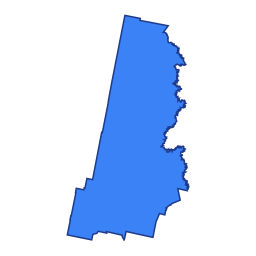 Las Colonias, Santa Fe, Argentina (Mercator projection)
{"feature_id": "61730980B52273662212744", "entity_name": "Las Colonias", "entity_type": "district", "adm_level": 2, "iso_a3": "ARG", "parent_name": "Argentina", "parent_adm1": "Santa Fe", "projection": "mercator", "projection_center": [-60.871, -31.246], "detail": "fine", "context": "isolated", "style": "filled", "palette": "blue", "viewbox_px": 256, "rotation_deg": 0, "n_neighbors": 0, "source": "geoboundaries", "source_scale": "gbopen_adm2", "svg_char_len": 5926}
<svg xmlns="http://www.w3.org/2000/svg" viewBox="0 0 256 256"><path d="M152.9,237.4L156.0,221.8L159.5,213.5L164.8,214.9L165.8,209.9L166.3,210.0L166.9,207.8L166.3,207.7L169.9,205.0L170.8,205.1L171.0,204.3L171.9,203.6L180.2,200.1L177.8,188.6L187.1,190.7L187.0,190.4L187.6,189.6L187.3,188.6L188.1,188.8L188.7,187.1L188.3,186.8L187.8,187.5L187.3,187.0L187.8,186.4L188.6,186.1L188.5,185.1L187.8,185.0L188.1,184.4L187.9,184.0L186.6,185.2L186.5,184.3L186.1,184.4L185.9,185.0L185.5,184.9L185.8,182.6L186.3,183.3L186.3,182.2L187.0,182.5L187.2,182.1L187.0,180.8L186.2,180.8L185.8,180.3L185.1,180.5L184.6,179.1L184.2,179.7L184.1,179.0L183.5,178.3L183.3,178.5L183.9,179.5L183.1,179.1L182.8,178.4L183.4,177.3L183.4,176.2L181.8,176.0L183.6,175.6L184.0,175.1L184.1,174.6L183.2,174.5L182.6,173.3L183.7,173.5L183.3,172.7L183.7,172.1L183.9,172.9L184.4,172.1L185.0,172.5L185.7,172.0L184.7,171.8L184.9,171.0L184.7,170.0L186.1,169.1L185.8,168.5L186.9,167.9L186.4,168.0L185.1,167.4L185.4,166.3L186.2,166.3L186.9,166.9L186.7,165.7L185.7,166.0L185.3,165.0L185.9,164.7L186.3,163.8L184.6,164.0L184.8,163.2L184.3,162.8L184.4,161.6L184.2,160.5L183.6,160.5L183.7,159.3L183.0,159.1L182.9,159.6L182.1,159.3L181.6,159.9L181.3,159.8L182.1,158.1L181.7,157.9L181.6,157.0L180.3,156.0L182.3,155.3L182.3,154.9L181.4,154.7L180.8,153.9L180.6,153.2L180.9,152.0L182.7,152.2L184.3,151.1L183.0,150.7L184.8,149.5L183.7,149.0L183.6,148.4L184.1,148.8L184.5,148.6L183.5,148.2L183.8,146.7L183.1,146.2L182.6,146.3L181.8,146.5L181.3,147.3L180.9,146.2L180.9,147.4L180.6,147.8L180.0,147.2L179.8,146.2L178.9,146.7L179.5,147.0L179.2,147.6L178.2,146.0L177.7,146.0L177.5,146.5L178.0,147.4L176.7,147.3L175.7,147.9L176.7,149.0L175.5,148.4L174.8,148.8L174.4,149.6L175.3,149.4L175.2,149.8L174.3,150.1L173.1,149.7L172.4,151.2L172.3,149.9L171.6,149.1L171.1,149.3L171.6,149.9L171.2,150.3L171.1,149.6L170.4,150.1L169.3,149.6L169.0,150.4L169.6,150.8L169.4,151.7L167.0,152.1L166.8,151.3L167.8,149.5L167.3,149.8L166.7,149.2L165.8,149.2L165.2,149.8L164.9,148.9L164.2,148.5L164.1,147.3L162.8,147.0L162.3,146.5L161.1,146.9L161.0,146.3L162.4,146.0L162.7,145.4L163.2,145.3L162.5,144.7L162.7,143.8L164.3,143.4L164.1,142.2L165.2,141.1L165.2,140.5L164.4,139.9L165.5,140.0L165.5,138.8L166.6,138.5L166.6,137.9L166.2,138.4L165.7,138.2L165.5,137.4L165.7,136.8L164.8,136.4L164.7,135.4L164.0,134.5L164.3,133.6L165.0,134.2L165.3,133.3L164.5,133.1L164.3,132.6L165.1,132.4L165.8,133.0L166.2,132.3L166.2,131.7L165.5,131.8L165.5,131.5L166.2,131.0L167.6,131.1L167.5,130.4L167.9,129.8L167.4,129.7L166.8,129.0L167.5,128.7L168.6,129.3L169.3,128.7L169.1,128.2L168.0,128.0L168.0,127.1L169.3,126.9L170.0,127.7L170.2,126.7L171.8,127.6L172.5,127.2L171.8,127.1L171.9,126.8L173.4,127.0L173.6,126.3L172.9,125.5L174.0,125.5L174.0,123.8L174.4,123.7L174.8,124.3L175.2,124.1L176.1,121.4L176.7,121.2L175.9,118.6L175.2,118.0L175.9,117.4L174.8,116.4L175.6,115.1L177.5,115.5L177.7,115.1L177.3,114.1L176.4,114.5L176.6,113.4L177.5,113.8L177.7,113.6L176.6,112.9L177.6,112.3L177.1,111.5L177.9,111.3L178.1,112.2L179.0,111.3L179.1,110.6L178.3,110.2L178.3,109.6L179.7,109.6L180.2,110.3L180.9,109.5L180.3,107.5L182.0,107.8L182.7,107.3L183.5,107.8L184.3,107.0L184.9,107.4L185.2,106.7L184.4,106.1L184.4,105.5L185.1,105.3L184.8,104.9L184.2,104.9L183.6,105.6L183.4,105.1L184.1,104.0L184.3,104.5L184.7,103.7L185.8,103.3L185.2,102.9L184.4,103.2L184.4,102.6L185.1,102.5L184.9,100.8L184.5,100.5L184.5,100.9L183.8,101.0L181.9,99.9L181.5,100.2L181.2,101.9L180.5,102.0L179.2,99.6L178.0,101.0L177.9,99.3L178.1,99.0L178.7,99.2L179.1,98.5L178.2,98.8L177.9,96.7L177.3,97.2L177.3,96.5L176.8,96.3L176.4,96.7L176.3,95.9L175.6,95.8L175.3,95.3L175.5,94.9L175.8,95.5L176.1,95.0L175.1,93.8L175.8,93.8L176.4,94.5L176.6,94.2L176.2,93.7L177.0,92.6L176.0,92.2L175.9,91.5L176.8,91.3L177.1,90.7L177.7,90.6L178.0,89.8L178.4,91.4L178.5,90.6L178.9,91.0L179.1,90.1L179.7,90.5L179.7,89.7L180.4,89.4L180.5,88.7L181.4,89.1L181.5,88.9L179.4,87.3L179.6,86.9L180.4,87.3L179.7,86.3L178.8,86.9L178.7,86.3L178.0,86.4L177.7,85.8L177.8,86.4L177.0,86.6L177.2,86.1L176.5,85.8L176.8,85.3L175.8,85.3L175.8,86.0L175.4,85.1L174.5,84.8L174.2,84.0L173.1,83.7L174.3,82.5L175.5,83.3L175.3,83.8L175.6,83.9L176.2,82.8L175.4,82.4L175.7,81.4L176.0,81.3L177.1,82.4L177.3,81.2L176.3,80.7L177.3,80.4L177.5,81.0L178.3,80.6L177.7,79.8L177.0,79.8L177.6,79.1L177.2,77.7L176.9,77.8L176.9,78.3L176.6,78.3L176.7,77.0L178.2,76.1L177.8,75.8L177.1,76.1L176.8,75.7L177.5,75.1L177.0,75.0L177.5,73.7L176.7,72.7L176.8,72.3L177.5,72.7L178.2,72.3L177.6,71.5L178.6,71.6L178.9,69.9L178.6,69.6L178.0,70.0L176.7,69.5L176.1,69.7L175.5,67.5L174.6,67.2L174.2,66.6L174.9,66.3L174.7,65.8L175.8,65.2L176.0,64.6L176.6,64.6L177.1,64.1L180.0,65.6L180.1,66.0L180.6,65.9L180.2,64.9L180.4,64.5L181.3,65.3L181.7,64.2L182.3,64.2L182.8,65.0L183.8,64.8L184.0,65.2L185.2,65.0L185.8,64.3L184.7,63.8L184.8,62.7L183.3,60.9L183.6,60.3L183.5,58.8L182.9,58.2L182.0,58.7L181.4,58.3L181.6,57.8L182.6,57.7L181.8,57.3L181.8,56.4L180.5,56.7L180.8,56.0L181.5,55.5L181.5,55.0L180.6,54.8L179.5,55.3L179.4,54.8L179.8,54.3L178.8,53.6L178.6,52.5L178.2,53.0L177.0,53.1L177.0,52.8L177.8,52.2L178.6,52.0L178.2,51.2L177.6,51.3L177.6,50.0L177.8,49.7L178.3,49.9L178.0,49.2L178.6,49.3L178.5,49.0L179.0,48.8L179.1,48.3L177.7,48.3L177.7,47.1L176.2,46.8L176.0,45.8L174.0,45.7L174.1,44.8L173.6,45.3L172.5,44.9L172.2,44.6L172.8,44.5L173.2,43.9L171.1,42.4L169.1,42.7L168.3,42.4L167.8,39.7L168.1,39.0L167.7,38.5L168.2,37.4L167.4,35.7L166.9,35.4L166.8,34.8L167.0,34.6L166.2,33.7L166.4,33.4L164.8,32.4L163.3,32.4L168.2,25.8L139.9,20.4L140.3,18.4L124.9,15.4L111.6,83.3L108.3,101.2L108.5,101.3L102.4,132.5L101.7,132.3L92.6,179.6L86.9,178.5L85.0,188.0L84.2,187.8L83.8,189.8L76.3,188.3L75.5,192.6L75.9,192.7L71.2,215.9L70.8,215.8L70.0,220.2L70.3,220.3L67.3,234.9L91.7,239.9L92.9,234.3L96.9,233.3L98.2,231.3L106.7,233.1L106.4,231.6L122.2,235.2L122.1,235.9L122.6,237.5L123.9,239.4L124.1,240.6L126.1,231.5L152.9,237.4Z" fill="#3b82f6" stroke="#1e3a8a" stroke-width="1.5"/></svg>